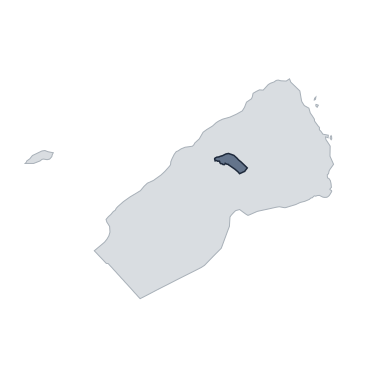 Jardan, Shabwah, Yemen shown in context, rotated 162°
{"feature_id": "15242507B34069744154073", "entity_name": "Jardan", "entity_type": "district", "adm_level": 2, "iso_a3": "YEM", "parent_name": "Yemen", "parent_adm1": "Shabwah", "projection": "albers", "projection_center": [46.986, 15.184], "detail": "fine", "context": "in_parent", "style": "filled", "palette": "slate", "viewbox_px": 384, "rotation_deg": 162, "n_neighbors": 0, "source": "geoboundaries", "source_scale": "gbopen_adm2", "svg_char_len": 4140}
<svg xmlns="http://www.w3.org/2000/svg" viewBox="0 0 384 384"><g transform="rotate(162 192 192)"><path d="M303.1,166.3L290.7,171.3L287.5,173.4L284.6,176.0L282.4,179.2L281.0,184.7L282.3,189.8L282.2,192.5L279.1,194.4L276.1,195.7L272.8,197.8L270.7,198.3L269.1,199.9L267.2,201.0L260.3,204.0L252.7,206.4L240.6,209.2L235.9,212.2L231.7,214.2L225.2,214.9L216.3,217.7L211.4,220.0L205.2,223.6L203.9,224.7L202.8,227.3L200.9,229.6L197.3,233.3L194.5,235.3L192.6,235.4L189.0,236.4L184.7,236.7L177.5,235.4L175.7,236.3L174.1,237.8L168.6,240.3L163.0,245.4L158.8,246.8L152.1,248.4L147.5,250.5L144.3,251.3L140.3,251.8L132.8,251.5L125.6,252.3L119.1,253.6L115.9,256.3L112.4,260.6L106.6,262.3L105.2,263.9L103.4,267.0L99.7,267.8L96.3,268.3L92.8,266.9L86.3,270.6L83.8,271.2L80.0,271.3L77.4,272.1L75.4,271.8L73.1,270.3L68.1,268.4L64.3,269.5L64.1,265.9L58.2,254.8L59.6,245.2L59.6,243.8L58.5,239.5L54.9,235.6L55.1,230.6L54.0,227.0L53.1,223.4L53.4,222.4L53.5,221.5L51.7,215.9L51.1,214.7L50.9,213.5L51.5,212.6L51.5,211.6L50.6,209.8L49.6,206.5L44.8,203.9L45.8,201.5L46.7,202.3L48.0,203.1L48.3,201.5L48.4,200.4L46.4,193.0L49.7,183.4L48.8,174.6L53.5,171.1L54.7,170.1L55.4,169.2L56.5,167.2L58.0,166.6L58.6,164.5L58.6,163.4L57.6,162.5L56.9,160.0L57.2,156.9L57.5,155.6L58.0,153.3L59.7,152.4L60.1,151.7L58.8,150.2L59.0,149.3L61.7,146.9L62.8,146.1L64.6,145.4L66.0,145.4L67.6,145.9L69.0,146.6L70.4,147.9L71.8,149.4L74.1,149.9L75.6,149.8L76.8,150.5L77.9,150.2L79.1,149.4L81.0,149.5L82.7,148.7L87.6,148.3L92.3,148.6L97.3,148.0L102.2,148.1L107.2,148.2L108.3,148.3L109.3,148.7L113.5,151.0L116.7,151.5L123.0,152.1L129.9,152.8L135.8,153.4L140.8,152.9L144.9,152.5L146.0,152.5L147.3,153.9L149.8,157.3L152.1,160.6L156.3,160.8L158.9,159.5L161.9,157.8L163.6,156.5L165.7,151.2L167.0,147.8L170.1,144.0L172.6,140.8L176.0,136.5L177.8,134.2L181.5,129.5L185.0,127.7L191.8,124.2L198.4,120.7L202.7,118.4L206.4,117.4L212.6,116.4L219.8,115.3L227.1,114.2L234.8,113.0L243.4,111.6L249.3,110.7L256.8,109.5L263.1,108.4L268.6,107.5L274.3,106.6L275.5,109.1L276.6,111.7L277.8,114.2L278.9,116.8L280.0,119.3L281.2,121.9L282.3,124.4L283.5,126.9L284.6,129.5L285.8,132.0L286.9,134.6L288.1,137.1L289.2,139.7L290.4,142.2L291.5,144.8L292.7,147.3L293.8,149.8L295.6,150.6L296.7,152.9L298.3,156.3L299.9,159.6L301.5,163.0L303.1,166.3ZM323.0,269.2L324.6,269.4L326.9,268.5L333.7,268.1L341.9,270.7L340.4,271.5L339.5,272.6L336.0,273.7L332.5,276.0L322.1,277.4L319.1,276.9L316.5,274.8L311.8,272.2L313.6,270.4L314.0,269.5L314.6,268.8L317.2,267.3L319.8,267.5L323.0,269.2ZM47.4,236.4L47.0,237.0L46.6,236.8L45.0,235.5L46.8,233.9L47.6,235.4L47.4,236.4ZM43.1,202.0L42.3,202.6L42.1,201.6L42.7,199.3L43.5,198.7L44.0,200.4L43.6,201.3L43.1,202.0ZM46.4,243.3L44.8,244.1L45.9,242.0L47.1,241.6L47.4,241.7L46.4,243.3Z" fill="#d9dde1" stroke="#a8b0b8" stroke-width="1"/><path d="M151.3,217.2L151.6,217.1L151.8,217.1L152.0,217.1L152.4,217.1L152.6,217.2L152.8,217.2L153.1,217.1L153.3,217.2L153.5,217.2L153.9,217.2L154.1,217.2L154.4,217.2L154.6,217.2L154.8,217.1L155.0,217.1L155.4,217.1L155.6,217.1L155.9,217.1L156.1,217.2L156.3,217.2L156.5,217.2L156.9,217.3L157.1,217.4L157.4,217.5L158.6,217.3L159.2,217.2L159.6,217.0L159.9,217.0L160.1,216.8L160.2,216.6L160.2,216.4L160.3,216.2L160.4,215.8L160.4,215.6L160.2,215.5L160.2,215.3L160.2,215.1L160.2,214.8L160.2,214.6L160.3,214.5L160.1,214.4L159.9,214.5L159.7,214.5L159.4,214.4L159.2,214.4L158.8,214.2L158.6,214.0L158.5,213.8L158.4,213.7L158.2,213.4L157.8,213.3L157.6,213.2L157.4,213.2L157.2,213.1L156.7,213.0L156.4,212.9L156.3,212.6L156.4,212.4L156.4,212.2L156.3,210.8L155.9,210.1L155.7,209.9L155.0,209.8L154.8,209.7L154.0,208.5L153.9,208.5L153.7,208.4L153.3,208.3L153.1,208.2L152.8,208.1L152.6,208.0L152.2,208.3L152.0,208.5L151.5,208.6L151.4,208.9L151.1,208.6L150.3,207.7L148.9,207.0L148.9,206.6L148.7,206.3L148.5,206.1L148.4,206.0L148.3,205.9L144.2,200.5L142.0,196.9L141.1,194.7L137.6,195.1L137.2,195.2L135.5,195.3L135.3,195.5L134.5,196.1L132.0,197.8L132.7,199.2L136.1,205.5L136.5,206.1L137.8,208.1L138.8,210.4L140.9,214.0L141.0,214.1L141.4,214.3L142.7,215.4L144.1,216.4L145.0,217.1L145.4,217.4L145.6,217.4L148.0,217.7L151.3,217.2Z" fill="#64748b" stroke="#1e293b" stroke-width="1.5"/></g></svg>